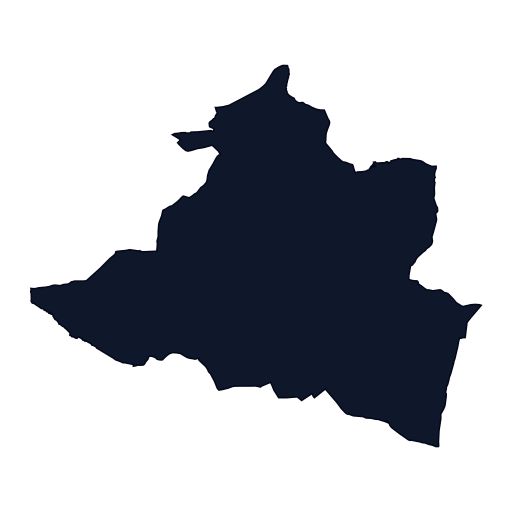 Marpod, Sibiu, Romania (Albers equal-area conic projection)
{"feature_id": "2599482B66590009408064", "entity_name": "Marpod", "entity_type": "district", "adm_level": 2, "iso_a3": "ROU", "parent_name": "Romania", "parent_adm1": "Sibiu", "projection": "albers", "projection_center": [24.514, 45.875], "detail": "fine", "context": "isolated", "style": "filled", "palette": "ink", "viewbox_px": 512, "rotation_deg": 0, "n_neighbors": 0, "source": "geoboundaries", "source_scale": "gbopen_adm2", "svg_char_len": 6012}
<svg xmlns="http://www.w3.org/2000/svg" viewBox="0 0 512 512"><path d="M438.3,446.6L438.7,446.1L438.5,441.3L439.0,430.8L440.8,418.9L440.8,415.0L440.9,413.9L443.4,409.4L444.7,406.5L445.2,404.1L446.3,395.6L446.2,393.4L445.4,392.6L446.3,389.1L446.3,387.4L447.8,384.0L448.9,379.8L449.2,377.9L450.9,373.1L453.5,363.7L454.1,360.8L454.8,359.0L457.7,346.7L458.7,341.0L459.6,338.0L461.1,338.3L462.5,337.7L465.2,337.6L467.0,322.5L470.2,318.3L481.3,305.3L479.4,304.7L475.3,304.4L471.1,304.7L463.4,306.4L462.1,306.3L456.3,302.7L453.4,299.1L448.1,293.7L446.5,293.0L444.0,292.4L442.4,291.0L440.6,289.9L439.9,289.8L432.7,290.8L428.9,289.9L427.2,290.0L424.9,288.7L421.1,285.7L419.3,284.6L418.6,284.0L417.9,281.6L417.6,281.2L416.9,280.9L414.1,280.8L410.5,280.1L409.2,279.5L408.8,278.7L408.9,275.2L410.6,265.7L412.0,265.2L412.5,264.8L415.1,261.5L415.6,260.1L416.8,258.0L418.2,256.5L423.6,251.6L424.8,250.9L427.0,248.3L428.8,247.2L431.3,244.7L431.7,244.1L432.4,241.7L432.5,240.9L432.0,238.1L432.0,235.4L432.4,235.4L432.6,234.8L432.7,233.8L433.1,233.0L436.3,221.0L436.6,219.3L435.6,213.5L437.2,211.9L437.7,210.9L437.4,207.6L436.2,205.7L434.4,200.3L434.1,200.3L433.8,197.9L434.5,194.3L434.3,187.4L434.9,182.6L434.6,182.5L434.5,182.2L434.3,178.9L434.4,178.5L435.2,177.6L434.6,175.8L434.6,173.4L435.2,171.0L436.2,168.2L436.1,166.2L432.2,166.4L430.9,166.1L425.8,163.9L422.2,161.4L420.0,160.7L412.4,159.5L410.4,158.7L402.5,158.6L401.7,158.7L401.4,159.1L401.0,159.2L399.6,159.0L398.8,158.4L397.6,158.6L397.5,159.2L397.2,159.5L395.2,159.7L390.9,161.0L391.1,161.8L388.5,162.9L387.4,162.7L387.7,161.9L387.1,161.7L385.1,162.3L384.4,163.1L383.7,163.4L383.4,163.4L383.3,163.2L383.6,162.9L383.3,162.7L377.0,163.1L376.0,162.8L375.3,161.9L373.7,162.2L374.1,162.6L374.1,163.6L373.4,163.7L372.0,165.7L370.8,166.7L370.5,167.2L370.9,167.3L372.3,166.7L373.2,165.6L375.3,166.0L375.4,166.3L374.3,166.2L373.0,166.7L369.4,168.9L369.0,170.1L367.9,170.1L366.5,170.8L366.3,171.1L361.6,171.8L357.7,171.9L356.2,172.5L355.5,173.0L354.3,170.3L352.9,165.4L352.4,164.6L350.5,164.2L345.5,162.3L342.9,161.9L341.3,160.8L337.5,157.4L333.2,153.0L332.1,151.0L325.5,143.1L326.1,133.5L327.3,129.7L329.2,124.7L329.6,122.4L329.4,121.2L327.7,118.2L324.3,110.1L320.3,110.0L316.6,109.3L312.2,107.5L308.1,105.2L305.6,104.6L302.8,102.5L300.8,102.6L300.1,102.9L297.9,102.5L296.6,101.5L295.4,100.9L294.2,98.5L293.6,97.9L292.5,97.8L292.1,97.2L291.3,97.0L290.9,96.4L289.4,95.7L287.8,94.0L287.5,93.3L286.9,92.7L287.0,91.4L286.2,90.4L286.4,88.7L286.0,88.1L286.0,87.1L286.5,86.0L286.5,85.6L286.7,85.1L286.6,84.6L286.9,82.8L287.3,82.0L287.2,80.7L287.7,80.1L287.6,79.6L288.0,78.9L287.9,78.4L288.5,77.6L288.3,76.2L288.7,75.6L289.2,74.4L289.0,72.9L288.7,72.2L288.9,71.5L288.8,71.0L288.9,69.9L288.5,68.6L288.1,68.1L287.5,65.6L283.3,65.4L281.9,65.7L278.8,67.1L274.8,69.6L273.2,71.6L265.9,83.7L263.0,86.5L258.9,89.7L229.1,105.3L222.9,106.8L216.0,107.6L215.4,107.5L216.5,111.2L217.1,112.1L217.2,112.8L217.1,113.3L215.8,115.3L215.3,116.4L215.0,117.7L214.6,118.4L213.5,118.7L212.6,119.9L210.1,121.8L209.4,122.6L209.2,123.3L209.5,126.3L210.0,127.0L212.9,128.2L213.9,128.9L213.9,130.1L213.0,131.4L210.9,130.6L198.0,131.9L191.0,132.1L190.5,132.8L189.7,133.0L186.3,133.1L185.7,132.6L180.8,132.7L179.8,133.1L174.7,133.6L172.3,134.7L180.3,139.6L178.8,141.7L177.6,142.7L178.8,144.2L183.1,148.4L185.8,150.5L188.0,151.1L191.3,150.4L197.6,148.5L203.4,147.6L212.2,145.2L218.7,151.4L219.2,152.7L220.3,153.9L220.5,154.8L219.0,155.0L217.5,156.2L216.0,158.4L213.5,163.2L209.8,169.4L209.3,170.0L207.6,175.7L207.3,179.1L206.5,182.2L203.7,185.5L200.8,187.6L197.4,192.1L196.4,193.1L194.6,193.9L192.1,196.0L189.1,197.8L183.5,196.1L182.5,196.5L177.9,201.3L171.8,206.0L170.1,206.3L168.1,207.4L165.9,208.9L163.3,210.1L162.8,210.7L161.7,215.8L159.2,222.4L158.7,224.7L158.2,231.6L158.2,236.7L157.0,241.3L157.4,243.7L156.8,251.2L142.7,251.8L141.0,251.4L139.6,250.6L138.8,251.0L129.8,249.7L125.5,250.5L116.6,251.4L115.8,251.8L115.5,253.2L114.8,254.5L109.7,258.7L100.3,268.2L86.3,280.8L83.0,281.1L74.7,281.1L71.1,282.0L69.2,283.6L68.1,284.0L63.1,284.6L61.1,285.4L59.5,285.6L55.5,285.1L53.1,285.3L49.1,286.6L45.6,287.2L38.7,287.8L35.8,288.5L34.1,288.7L30.9,288.4L31.1,289.4L30.7,291.9L31.2,293.5L31.4,299.1L31.1,300.7L31.3,301.6L32.1,302.9L32.7,303.2L33.5,303.1L41.4,308.5L42.9,308.7L43.8,309.2L43.9,309.8L45.5,310.6L46.3,310.5L46.6,311.6L48.4,312.2L48.9,313.3L49.5,313.4L50.4,312.5L51.0,314.2L51.4,314.3L52.0,313.9L53.3,315.4L53.0,316.1L55.0,319.4L56.7,320.3L58.6,322.7L58.8,323.7L59.2,324.2L59.8,324.0L62.5,326.3L63.7,326.6L64.6,327.8L65.4,328.3L69.3,332.1L70.0,332.5L69.9,335.4L70.2,335.6L70.8,335.4L71.6,335.8L71.7,336.6L74.0,337.1L75.5,338.1L77.0,338.3L78.1,337.2L78.7,337.0L81.5,338.5L83.0,340.2L83.5,340.1L85.0,341.2L85.3,340.6L91.2,343.8L91.7,345.0L93.1,345.3L95.8,346.7L96.6,348.0L113.5,358.2L115.6,359.8L120.6,361.6L122.7,362.7L125.1,362.8L133.4,364.5L133.3,366.2L136.2,365.7L137.2,365.2L141.5,365.2L143.6,364.9L144.7,363.7L145.6,362.0L148.0,359.1L148.0,358.5L148.5,357.6L148.6,356.7L149.4,356.2L151.3,356.2L153.0,356.6L155.7,357.7L156.4,358.7L157.0,359.1L158.6,359.7L161.5,360.0L162.5,359.8L165.4,356.8L167.7,354.9L169.8,353.5L172.7,352.6L176.2,352.8L180.2,353.4L187.0,357.4L189.6,358.2L193.6,358.8L194.9,359.2L198.9,358.2L199.0,358.4L198.7,359.1L198.8,359.8L199.3,360.5L205.7,366.5L207.5,369.2L208.6,371.8L210.6,373.9L214.5,381.3L217.4,388.5L218.9,390.1L222.6,389.5L228.5,388.0L232.5,386.5L235.1,386.1L255.9,386.0L260.5,387.0L261.5,386.1L270.5,382.3L272.0,385.3L273.9,390.1L278.7,397.7L286.8,397.7L296.9,396.9L297.7,397.2L301.6,400.5L312.0,393.6L313.5,396.7L314.4,397.7L325.3,389.0L337.0,402.6L341.3,408.5L345.6,413.0L347.1,414.0L349.8,414.5L353.3,415.8L363.0,416.6L366.2,418.0L371.0,418.2L376.3,419.4L377.6,419.2L382.9,420.9L383.0,420.7L387.1,422.4L386.2,421.0L386.4,420.8L388.4,422.3L389.5,424.1L390.1,425.7L391.9,427.8L399.5,433.6L408.5,439.9L410.0,440.3L410.0,439.9L420.1,441.9L422.1,442.6L425.2,443.0L428.9,444.4L432.5,445.2L435.9,446.6L438.3,446.6Z" fill="#0f172a" stroke="#020617" stroke-width="1.5"/></svg>